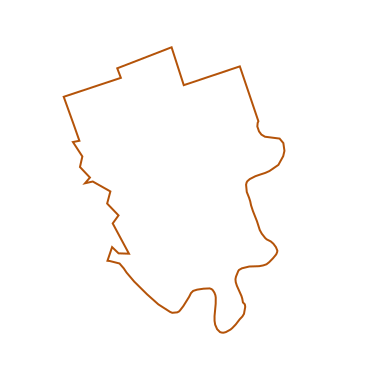 Perry, Indiana, United States of America, rotated 341°
{"feature_id": "52423323B11112543389070", "entity_name": "Perry", "entity_type": "district", "adm_level": 2, "iso_a3": "USA", "parent_name": "United States of America", "parent_adm1": "Indiana", "projection": "mercator", "projection_center": [-86.618, 38.054], "detail": "fine", "context": "isolated", "style": "outline", "palette": "amber", "viewbox_px": 384, "rotation_deg": 341, "n_neighbors": 0, "source": "geoboundaries", "source_scale": "gbopen_adm2", "svg_char_len": 1555}
<svg xmlns="http://www.w3.org/2000/svg" viewBox="0 0 384 384"><g transform="rotate(341 192 192)"><path d="M277.8,146.7L278.1,92.4L278.1,88.8L219.0,88.3L219.8,48.5L161.6,50.7L161.9,60.9L101.7,60.2L102.1,90.0L102.2,106.9L95.7,106.0L99.9,122.7L94.2,131.9L100.2,145.1L93.7,148.9L101.6,149.8L115.0,164.9L108.0,175.3L114.9,190.2L106.8,195.9L112.3,229.8L102.6,226.1L98.5,218.1L89.7,229.5L91.8,230.5L100.2,236.0L102.6,242.0L103.9,246.9L108.2,257.9L116.2,274.1L123.6,287.3L132.3,298.3L134.0,299.8L138.9,301.0L140.9,300.7L142.2,300.0L146.6,297.1L155.0,290.3L158.2,287.2L160.9,285.9L165.1,286.0L171.5,287.2L177.3,288.9L178.9,290.2L179.7,291.6L180.4,294.4L180.5,297.2L180.1,299.5L178.0,305.4L172.9,316.7L171.4,321.1L170.7,325.0L171.1,329.9L172.9,333.6L174.5,334.7L176.0,335.3L178.4,335.5L183.6,334.6L185.7,333.8L190.2,331.5L195.8,327.8L199.1,326.1L201.5,324.1L204.9,318.0L205.3,316.1L205.3,315.2L204.2,313.0L204.8,309.2L204.9,306.4L203.9,295.2L204.0,291.5L204.7,288.6L206.0,286.4L210.0,281.8L211.1,281.0L214.4,280.4L221.9,281.1L231.3,284.0L235.4,284.6L238.9,284.6L242.1,283.5L246.9,281.1L251.3,278.4L252.9,276.6L253.6,275.3L253.4,271.5L252.1,267.4L250.4,264.4L247.2,261.1L246.2,259.3L244.4,254.1L243.7,250.0L243.9,240.8L243.4,229.7L243.5,223.8L244.0,219.9L244.1,216.0L243.8,209.8L245.5,202.7L246.8,200.7L247.9,199.8L250.8,198.6L257.1,197.7L262.0,197.7L267.5,197.8L272.0,197.4L282.5,194.5L289.9,187.8L292.8,183.2L294.3,175.5L292.2,170.0L279.0,163.5L276.3,160.3L275.1,156.5L275.1,151.3L276.6,148.0L277.8,146.7Z" fill="none" stroke="#b45309" stroke-width="2"/></g></svg>